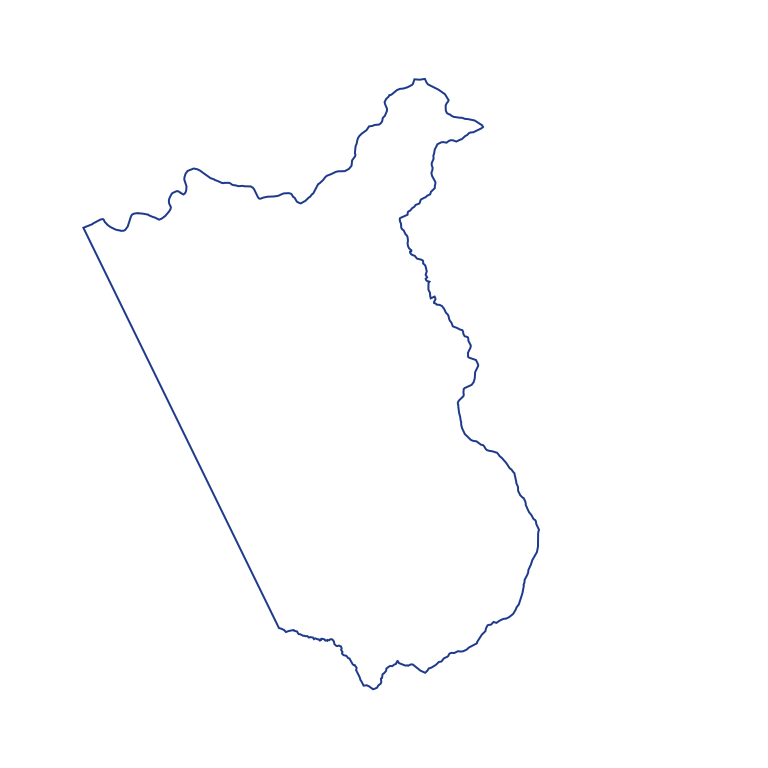 the district of Sarapiqui, Heredia, Costa Rica, rotated 334°
{"feature_id": "36466004B54791236061025", "entity_name": "Sarapiqui", "entity_type": "district", "adm_level": 2, "iso_a3": "CRI", "parent_name": "Costa Rica", "parent_adm1": "Heredia", "projection": "mercator", "projection_center": [-83.949, 10.488], "detail": "fine", "context": "isolated", "style": "outline", "palette": "blue", "viewbox_px": 768, "rotation_deg": 334, "n_neighbors": 0, "source": "geoboundaries", "source_scale": "gbopen_adm2", "svg_char_len": 6166}
<svg xmlns="http://www.w3.org/2000/svg" viewBox="0 0 768 768"><g transform="rotate(334 384 384)"><path d="M403.4,644.6L405.3,642.8L408.6,641.2L416.7,632.7L421.2,626.7L421.4,625.7L423.2,624.0L424.6,621.6L429.3,618.2L431.2,616.3L432.2,614.5L437.0,610.6L440.1,607.3L447.8,602.1L451.2,597.5L456.7,586.5L458.0,584.4L459.4,583.0L459.5,576.6L460.3,574.1L460.3,572.7L459.5,571.5L459.1,570.2L459.1,566.7L458.2,562.9L458.2,560.0L458.4,554.8L459.1,553.3L459.5,551.2L459.5,547.7L458.9,547.1L457.7,543.8L457.7,538.8L459.3,535.3L459.5,530.8L460.0,529.9L462.1,521.2L461.5,519.5L461.1,516.8L460.0,514.7L459.3,508.8L457.4,501.8L456.4,499.8L455.6,495.5L451.9,492.0L449.3,490.2L447.5,488.5L446.9,486.8L446.7,483.7L446.2,482.4L444.6,481.1L442.0,476.1L439.2,474.2L437.6,472.4L434.7,464.4L434.8,457.9L435.4,454.9L436.7,451.8L437.0,450.1L438.1,446.8L438.8,443.0L441.2,436.0L441.6,435.5L441.6,434.4L442.3,433.0L443.3,432.2L444.9,431.4L450.0,429.8L451.0,428.6L451.7,426.4L453.5,423.4L454.9,423.0L462.4,423.2L465.4,421.6L468.0,418.8L471.1,413.3L476.4,409.2L477.1,408.0L477.2,402.8L472.2,397.8L471.6,396.9L471.6,396.2L473.1,392.8L477.6,389.3L478.9,387.5L478.8,382.2L479.7,380.0L479.8,378.9L479.6,378.4L477.4,376.4L477.3,373.7L478.0,371.7L478.0,369.9L476.0,368.2L474.7,366.2L471.1,362.3L471.5,358.3L471.0,356.2L471.0,354.5L471.7,351.6L471.8,349.7L470.9,346.9L471.0,342.9L470.3,339.4L468.7,337.3L466.2,335.8L465.8,334.5L464.5,333.1L464.8,332.3L467.5,330.3L467.8,329.3L467.8,327.6L463.6,327.5L463.9,325.8L465.4,321.8L465.2,320.3L465.4,318.4L468.3,312.7L469.7,312.0L467.8,310.2L467.4,309.1L467.5,307.8L469.6,307.0L469.3,304.1L471.8,301.5L473.0,296.2L472.8,294.7L472.0,292.9L473.0,290.8L473.0,290.0L472.0,288.6L468.6,285.7L467.8,282.2L466.1,280.6L465.1,278.8L465.1,277.1L465.4,276.5L466.6,276.7L467.2,275.9L466.0,273.1L466.0,270.9L466.7,268.2L468.5,265.4L469.6,262.2L469.5,259.9L469.0,259.0L469.0,254.5L468.1,252.8L468.0,251.2L469.6,247.2L469.6,245.4L470.3,242.8L471.2,241.9L479.3,242.2L480.4,240.5L481.4,239.6L483.6,239.6L486.4,238.3L489.0,238.0L490.9,236.9L494.9,237.3L496.8,235.6L497.2,234.9L498.6,234.3L503.5,234.3L505.3,233.7L508.7,233.7L510.4,231.9L515.5,230.2L516.7,228.0L518.0,226.5L518.7,224.9L518.4,218.2L518.9,215.7L519.3,214.9L521.3,212.9L522.5,210.9L522.8,208.3L523.7,206.4L527.2,203.4L528.6,200.2L529.9,199.0L532.4,195.5L537.2,191.9L541.5,191.9L543.4,192.6L546.0,194.5L548.6,194.0L550.4,194.0L552.7,195.1L555.3,197.8L560.0,197.8L561.0,198.1L565.9,196.7L568.0,196.7L570.1,195.8L572.1,195.9L574.7,196.9L583.8,196.9L585.7,196.4L585.6,194.5L581.0,186.9L575.2,182.4L573.1,181.3L570.8,178.9L569.0,178.0L563.8,174.5L562.3,172.6L561.4,170.6L560.8,170.3L559.3,168.1L559.4,165.3L561.5,160.7L563.5,159.1L565.3,158.3L566.5,157.2L565.8,150.2L561.9,143.2L554.8,133.9L554.4,131.7L554.5,127.7L549.6,126.2L544.9,123.5L541.6,126.9L540.1,127.5L535.2,127.6L531.2,127.0L527.6,125.7L524.4,125.5L518.0,127.1L516.4,127.2L515.5,126.7L514.2,127.7L510.8,128.8L508.1,130.9L507.6,133.4L507.4,137.8L506.5,139.7L502.4,143.3L499.5,144.4L497.4,147.2L495.1,148.4L493.1,148.6L489.2,147.1L486.5,146.9L483.5,145.9L479.5,148.2L473.8,149.2L470.5,150.3L468.3,151.7L466.8,153.3L464.7,156.1L462.7,157.8L459.0,163.8L458.9,165.1L458.4,166.1L457.6,166.8L453.4,169.0L450.5,173.6L446.8,175.3L442.1,175.5L435.6,172.6L433.6,172.2L428.6,172.2L424.0,171.8L422.0,172.3L418.4,174.1L413.6,175.5L412.4,175.5L404.1,181.6L402.0,182.1L399.8,183.3L398.7,183.3L393.7,184.9L388.7,185.2L388.2,185.1L386.7,183.5L385.6,181.9L385.3,177.5L384.3,175.8L384.2,173.1L383.6,172.0L382.2,170.8L377.9,168.9L376.3,168.6L371.4,168.5L367.3,167.2L361.6,164.7L357.5,163.6L354.3,163.3L353.2,162.8L352.6,161.3L352.6,152.0L352.1,149.9L350.7,147.9L345.7,145.4L343.7,143.9L339.7,142.3L337.4,140.1L336.4,139.7L334.9,138.4L333.8,136.2L332.6,135.1L328.6,133.2L328.0,133.2L326.4,132.2L324.0,129.2L321.4,126.5L321.0,125.6L318.3,122.9L312.1,111.4L310.3,109.1L307.4,106.9L300.9,106.4L298.0,107.9L295.2,110.8L294.1,112.8L293.1,120.0L292.5,120.7L291.8,122.3L290.1,124.4L288.3,125.5L286.8,125.7L285.8,124.4L285.7,123.9L284.9,123.2L284.9,122.7L283.5,120.6L282.6,119.9L281.0,119.7L277.7,119.7L276.7,119.9L273.4,122.3L271.8,123.8L270.8,125.3L270.0,127.7L270.0,131.6L268.8,133.2L266.5,134.7L261.0,137.1L256.5,137.9L253.9,137.7L250.9,133.8L249.7,132.8L246.4,129.0L246.4,128.5L242.1,125.3L238.4,123.0L237.9,123.0L237.7,122.5L234.1,121.3L231.9,121.3L230.2,122.3L222.7,130.1L218.9,132.1L217.3,132.1L214.8,131.1L213.8,130.0L213.3,129.9L210.6,127.7L207.0,123.1L205.0,119.3L204.9,118.2L204.1,116.2L204.1,113.4L203.7,112.6L201.3,111.9L192.5,112.2L192.0,112.5L182.3,111.8L182.6,557.3L184.3,558.8L186.4,561.4L187.1,563.9L190.4,564.3L194.9,565.5L194.9,566.2L197.4,568.4L197.4,570.4L197.7,571.4L199.0,572.2L200.9,574.8L202.0,575.3L203.1,576.4L204.6,577.0L205.4,579.0L206.9,579.2L209.0,580.8L209.2,582.6L210.7,582.5L212.8,584.7L213.4,584.8L213.9,586.5L215.2,586.5L215.7,585.6L216.5,585.7L218.6,587.5L218.8,588.9L219.7,589.1L220.4,589.9L221.1,589.3L222.2,590.2L224.1,589.9L225.6,591.0L226.1,593.5L225.4,595.9L226.2,598.2L226.9,599.0L228.9,599.4L230.3,601.2L230.0,603.1L228.9,604.2L229.2,606.7L228.2,607.6L228.2,608.6L228.9,610.1L231.0,611.8L231.6,614.6L232.6,615.5L233.0,622.3L233.6,623.4L234.5,623.8L234.5,625.0L235.0,626.5L234.8,627.4L233.5,628.9L233.6,636.5L233.1,639.9L233.4,641.6L233.4,646.1L236.5,647.3L238.1,649.3L240.3,653.5L241.8,653.8L244.6,653.9L246.7,652.5L249.8,651.8L251.0,650.5L252.0,647.7L252.4,647.3L253.4,647.3L255.4,644.3L257.8,643.8L260.3,642.6L261.4,640.8L265.0,640.1L266.1,640.2L267.7,641.2L270.1,640.7L272.2,640.8L273.2,639.7L274.6,638.9L275.1,639.6L274.8,640.0L275.0,641.3L279.7,646.4L281.6,647.1L282.2,647.8L285.2,647.8L286.9,648.7L291.1,657.6L294.4,661.6L297.1,660.8L299.6,659.3L302.3,659.7L307.4,659.2L311.5,657.9L313.4,658.5L314.2,658.5L317.6,656.8L321.3,656.9L322.5,656.6L324.0,655.4L325.1,655.0L326.7,655.2L329.3,656.6L333.4,656.6L335.3,657.9L337.8,658.9L341.8,659.0L344.7,658.1L353.4,657.8L354.1,657.6L354.6,656.7L362.2,652.1L366.8,650.6L368.7,648.2L371.3,646.3L372.9,646.5L374.1,647.1L375.1,647.1L378.1,645.9L380.4,648.0L383.8,647.4L387.4,647.4L388.9,647.6L390.8,648.4L394.1,648.4L399.2,647.3L403.4,644.6Z" fill="none" stroke="#1e3a8a" stroke-width="2"/></g></svg>